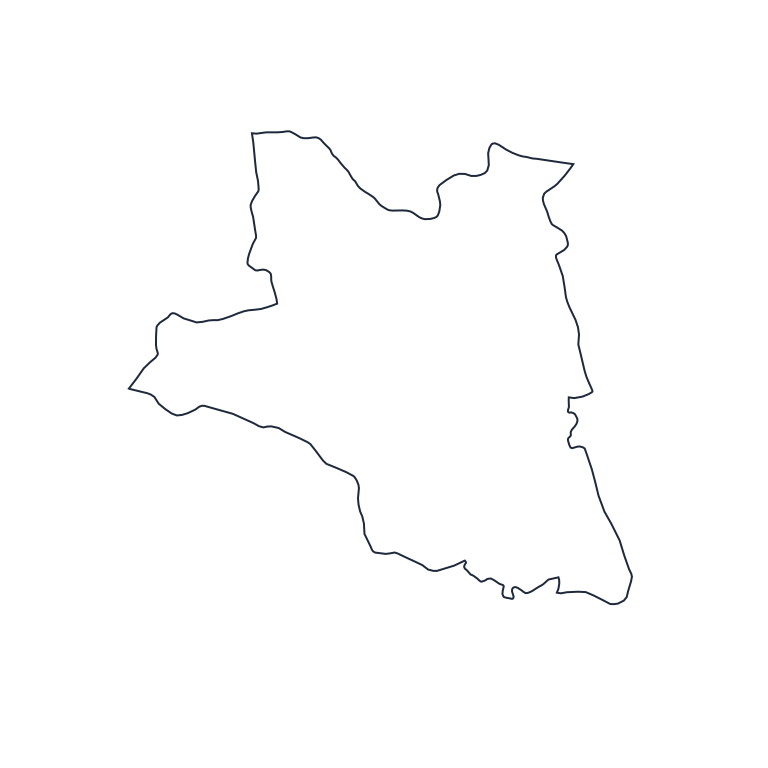 Muong Lay, Điện Biên, Vietnam, rotated 343°
{"feature_id": "81297802B55776801112281", "entity_name": "Muong Lay", "entity_type": "district", "adm_level": 2, "iso_a3": "VNM", "parent_name": "Vietnam", "parent_adm1": "Điện Biên", "projection": "robinson", "projection_center": [103.13, 22.03], "detail": "fine", "context": "isolated", "style": "outline", "palette": "slate", "viewbox_px": 768, "rotation_deg": 343, "n_neighbors": 0, "source": "geoboundaries", "source_scale": "gbopen_adm2", "svg_char_len": 5398}
<svg xmlns="http://www.w3.org/2000/svg" viewBox="0 0 768 768"><g transform="rotate(343 384 384)"><path d="M629.3,229.1L618.6,224.1L595.7,213.2L592.1,211.8L586.7,208.6L583.1,206.9L579.8,204.8L574.5,200.6L569.3,195.5L563.8,188.9L560.6,186.3L558.4,185.9L556.9,186.2L553.8,189.1L551.1,193.7L549.7,199.4L548.2,205.4L545.1,210.1L542.0,211.8L537.4,212.3L533.1,212.0L528.2,210.5L522.9,206.8L517.4,205.0L511.7,205.0L503.2,207.2L495.3,210.0L492.6,212.1L491.6,213.8L491.1,215.8L491.3,218.1L490.9,225.5L490.2,229.2L487.3,235.2L484.7,238.6L482.9,239.6L480.6,239.9L476.7,239.7L471.2,238.3L468.6,236.7L466.4,234.7L462.1,229.1L459.8,226.8L456.7,225.0L452.4,223.4L442.6,220.6L439.9,219.4L438.4,218.3L436.7,216.5L433.5,212.8L432.1,210.6L430.8,207.3L429.4,203.8L428.0,201.6L424.6,197.5L422.2,194.9L418.6,190.2L417.1,187.3L416.5,185.3L416.0,182.8L415.6,181.6L414.5,179.8L413.8,178.3L413.0,175.1L412.0,170.5L411.1,168.4L409.6,165.8L407.0,159.8L405.6,155.9L404.1,153.1L402.6,151.2L401.7,148.8L401.4,146.9L401.2,144.5L400.5,142.7L398.3,138.7L396.7,135.6L395.0,131.8L393.3,129.7L391.4,128.4L390.9,128.2L388.5,127.6L383.2,126.7L379.1,125.5L376.2,123.8L372.2,119.2L368.8,115.8L367.4,114.7L364.7,113.9L361.0,113.4L355.8,112.2L348.2,109.9L344.5,108.8L338.2,107.8L335.2,107.3L331.0,105.6L329.6,114.9L325.7,133.9L323.7,144.1L322.9,152.8L321.8,158.1L321.0,161.4L320.1,163.0L315.7,166.4L311.4,170.4L308.9,173.6L308.2,175.9L307.8,179.9L307.7,185.8L305.8,198.8L305.0,204.9L304.3,206.9L303.7,207.5L299.3,211.9L292.9,220.4L290.4,224.5L289.8,226.1L288.9,228.0L288.7,229.5L289.3,231.1L294.1,237.5L294.7,237.8L296.2,238.5L298.1,238.6L301.7,239.2L304.2,240.4L306.0,242.2L307.1,243.6L307.7,244.9L307.9,245.7L307.6,248.0L306.7,251.0L306.3,253.0L306.2,258.3L306.3,264.2L306.0,271.7L305.3,275.9L299.8,276.3L294.8,276.4L288.3,276.3L281.7,275.1L275.9,273.9L271.3,273.5L265.0,273.7L257.5,274.4L249.0,274.7L243.5,274.3L239.8,273.1L235.0,272.0L228.6,271.5L222.7,270.3L219.3,267.9L211.6,262.7L206.7,257.3L204.3,255.2L202.3,254.4L200.6,254.7L199.3,255.4L197.0,257.0L195.2,257.6L187.7,259.8L184.5,261.7L183.1,263.1L179.9,271.9L177.3,280.2L176.7,284.1L176.7,288.3L176.2,289.7L173.2,292.0L166.2,295.0L158.8,298.8L149.2,306.3L138.7,313.8L139.6,314.5L150.7,321.1L154.8,323.5L157.9,325.9L160.6,329.2L162.8,337.0L167.3,343.8L172.4,350.2L176.7,353.5L181.6,354.5L187.8,354.5L196.2,353.3L200.6,351.7L203.6,351.6L205.8,352.3L214.6,358.0L230.7,368.3L248.0,383.5L252.1,387.8L255.9,390.2L260.0,390.6L263.9,391.6L270.4,395.3L275.5,401.0L287.4,411.2L294.0,417.4L296.0,419.9L299.1,427.8L303.2,439.2L305.5,443.4L307.9,445.4L313.7,450.1L322.4,457.5L327.7,462.9L328.6,464.2L329.7,468.2L330.1,472.9L329.6,476.2L325.7,485.7L324.4,491.8L323.9,498.8L324.5,504.4L324.0,511.5L321.5,521.7L323.1,531.9L323.7,535.8L323.9,538.1L324.3,540.1L325.1,541.4L326.1,542.5L327.3,543.1L336.0,547.0L340.0,547.7L345.0,548.3L347.8,550.3L352.4,554.6L360.9,562.2L367.7,568.4L371.9,574.3L376.5,577.1L379.9,578.2L384.9,578.2L394.8,578.2L398.0,578.2L409.6,576.5L410.1,577.6L410.2,578.4L410.2,578.8L409.9,579.2L409.0,579.9L408.2,580.6L407.2,582.1L407.2,583.1L407.4,584.2L408.3,585.6L409.3,587.4L411.1,591.5L412.4,592.5L413.8,593.9L414.9,595.5L416.1,597.0L416.9,598.3L417.7,599.8L418.2,600.5L419.1,601.4L420.1,601.6L421.4,601.5L422.6,601.5L424.3,601.2L425.5,600.7L427.2,600.8L429.4,601.3L432.0,603.9L436.0,608.9L437.8,610.2L439.0,611.1L439.1,611.4L439.3,611.8L439.3,612.7L438.8,613.5L438.2,614.5L437.1,616.4L436.6,617.7L436.1,618.8L435.9,619.6L435.9,620.7L436.0,621.6L436.3,622.6L437.0,623.2L438.7,624.3L440.9,625.4L442.5,626.3L443.6,626.9L444.4,626.9L445.1,626.4L445.6,625.7L445.8,625.0L445.8,623.9L445.8,622.6L445.8,621.2L445.8,619.6L446.1,618.9L446.4,618.1L446.9,617.3L447.6,616.8L448.3,616.5L449.1,616.5L450.1,616.5L451.0,617.1L452.3,618.1L453.5,619.5L455.1,621.4L456.6,623.6L458.3,625.4L460.0,625.8L461.6,625.8L464.0,625.5L465.6,625.2L469.7,624.0L472.3,623.3L474.7,622.8L476.9,622.3L478.7,621.6L481.7,620.2L484.1,619.1L494.3,619.9L494.2,622.7L493.2,626.3L491.0,630.7L488.3,634.1L492.0,635.9L498.0,636.6L508.9,639.4L516.1,642.0L522.5,647.4L529.7,654.3L536.1,660.6L539.4,661.7L543.4,662.4L550.0,661.3L553.8,658.7L557.0,653.3L562.6,644.9L564.0,642.2L564.6,641.1L564.8,640.8L564.8,640.3L565.0,638.0L564.2,632.6L563.6,618.3L563.6,602.5L560.5,584.0L557.5,570.6L556.5,553.5L557.3,539.8L557.8,526.6L557.4,512.1L557.1,504.4L555.6,502.6L554.4,501.9L553.4,501.2L551.2,500.5L547.2,500.4L545.2,500.4L543.8,499.3L543.4,496.6L543.4,494.1L543.4,492.7L543.5,491.7L543.7,490.6L544.5,489.7L547.3,488.2L547.8,487.3L548.0,486.3L548.5,484.6L550.3,482.6L553.8,480.5L556.5,478.3L557.9,476.4L558.6,474.6L558.6,472.8L557.8,468.8L556.8,467.4L554.8,465.9L553.2,465.7L552.1,465.0L552.0,464.5L551.9,463.9L552.1,463.1L554.2,459.9L554.8,457.5L555.8,453.8L556.8,450.8L561.7,453.1L570.2,454.1L576.8,453.5L580.2,452.7L581.1,452.2L581.3,451.1L581.1,448.7L580.4,443.1L579.7,436.5L579.7,430.0L580.8,413.1L581.4,403.0L585.0,393.6L586.1,386.4L585.9,378.7L583.8,365.0L583.3,358.8L583.4,354.1L585.1,343.5L586.5,333.0L586.1,321.6L585.5,315.1L585.5,313.3L586.0,311.6L586.7,310.7L595.5,308.5L599.1,306.4L600.4,305.0L601.1,302.8L601.2,299.9L601.3,298.6L601.4,295.7L600.6,292.5L599.2,289.5L596.3,286.1L592.1,281.5L591.2,280.1L590.7,277.3L590.4,272.8L590.4,266.8L589.5,258.5L589.7,254.9L590.3,252.3L592.9,248.8L595.6,247.5L604.9,244.7L608.2,243.3L617.7,237.6L625.2,232.3L629.3,229.1Z" fill="none" stroke="#1e293b" stroke-width="2"/></g></svg>